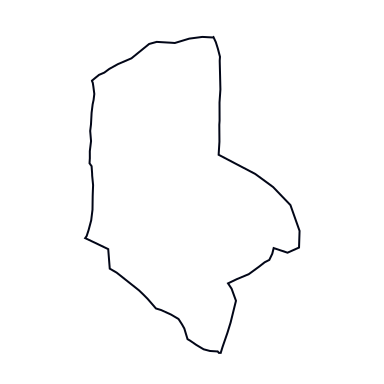 Qift, Qina, Egypt (Mercator projection), rotated 7°
{"feature_id": "37247803B3351007317987", "entity_name": "Qift", "entity_type": "district", "adm_level": 2, "iso_a3": "EGY", "parent_name": "Egypt", "parent_adm1": "Qina", "projection": "mercator", "projection_center": [32.817, 25.997], "detail": "fine", "context": "isolated", "style": "outline", "palette": "ink", "viewbox_px": 384, "rotation_deg": 7, "n_neighbors": 0, "source": "geoboundaries", "source_scale": "gbopen_adm2", "svg_char_len": 1302}
<svg xmlns="http://www.w3.org/2000/svg" viewBox="0 0 384 384"><g transform="rotate(7 192 192)"><path d="M240.1,348.2L241.2,342.1L244.3,327.6L246.2,317.0L248.9,294.6L243.1,283.2L238.9,278.3L247.0,273.1L258.4,266.6L267.7,257.9L272.7,252.9L277.0,250.0L279.2,243.5L279.9,237.7L294.2,240.6L305.0,234.1L303.5,217.5L291.3,193.0L271.9,177.2L252.6,166.4L213.9,151.8L213.1,138.7L210.9,121.9L210.7,118.0L208.4,99.8L207.7,86.8L205.6,72.5L203.5,58.3L203.3,54.4L201.8,50.6L200.3,46.8L197.4,40.4L194.4,35.6L193.7,36.1L183.4,36.8L170.6,40.1L156.8,46.2L152.9,46.4L145.2,46.9L138.7,47.3L131.4,50.3L115.6,66.7L102.9,74.1L95.2,79.7L94.6,80.2L90.4,84.2L85.4,87.1L84.1,88.5L82.9,89.7L79.1,93.7L79.1,93.8L80.2,95.7L81.2,99.2L82.1,102.7L83.1,106.6L83.1,112.7L82.7,117.1L82.7,125.6L83.5,137.3L83.5,143.8L85.6,153.8L85.6,163.9L86.5,171.0L86.8,176.0L89.2,178.6L90.6,185.8L90.9,187.8L93.0,197.3L93.5,203.3L93.9,207.9L95.4,221.7L95.4,231.5L95.4,232.4L94.0,242.5L92.8,248.6L91.6,250.8L115.8,258.9L119.7,278.1L127.0,281.2L128.0,281.8L151.4,296.1L156.2,299.7L160.9,303.4L165.0,307.1L170.4,312.0L175.6,312.9L186.1,316.2L194.1,319.7L198.2,324.6L201.0,328.4L205.5,338.6L208.1,339.7L214.8,343.2L222.7,346.7L229.2,347.6L234.3,347.3L236.2,347.2L236.9,347.1L238.3,348.4L240.1,348.2Z" fill="none" stroke="#020617" stroke-width="2"/></g></svg>